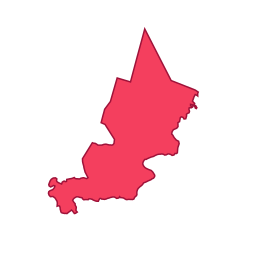 the district of Serrano do Maranhão, Maranhão, Brazil, rotated 196°
{"feature_id": "56859067B78224443987075", "entity_name": "Serrano do Maranhão", "entity_type": "district", "adm_level": 2, "iso_a3": "BRA", "parent_name": "Brazil", "parent_adm1": "Maranhão", "projection": "robinson", "projection_center": [-45.009, -1.886], "detail": "fine", "context": "isolated", "style": "filled", "palette": "rose", "viewbox_px": 256, "rotation_deg": 196, "n_neighbors": 0, "source": "geoboundaries", "source_scale": "gbopen_adm2", "svg_char_len": 3222}
<svg xmlns="http://www.w3.org/2000/svg" viewBox="0 0 256 256"><g transform="rotate(196 128 128)"><path d="M73.7,117.7L74.7,122.7L74.5,127.0L75.7,129.2L78.2,129.7L81.0,131.5L83.0,133.5L84.3,134.2L84.6,136.6L83.9,138.9L81.1,141.2L80.3,143.1L80.8,144.7L81.5,146.9L80.2,148.3L80.6,152.2L79.9,153.4L78.1,153.4L76.6,152.1L75.0,152.8L75.0,155.8L75.6,157.3L74.8,158.4L73.5,159.5L73.5,161.1L74.6,162.8L74.7,164.3L72.7,164.9L71.9,165.7L72.9,166.4L74.0,166.6L74.4,168.0L72.5,168.1L71.5,167.2L69.8,167.2L68.8,165.7L67.7,165.5L67.4,166.5L68.2,167.2L69.2,168.2L71.2,168.3L70.7,170.0L73.4,171.5L73.3,173.0L73.2,174.2L73.2,175.7L72.6,178.7L70.9,178.4L69.8,178.0L70.5,180.1L70.4,181.9L73.8,183.0L99.6,185.5L113.3,200.1L130.6,218.6L139.2,227.8L139.1,222.5L138.8,201.2L138.8,200.0L138.3,173.0L142.0,173.0L143.8,173.0L152.2,173.1L152.2,148.6L155.6,139.6L155.5,136.2L155.5,133.4L155.3,125.7L151.0,125.1L149.5,123.7L140.5,115.7L137.9,113.4L137.2,109.3L137.9,107.7L138.9,107.0L139.8,107.0L141.5,106.5L142.5,106.5L144.7,106.4L146.5,105.7L147.4,105.1L148.3,104.4L149.6,104.0L151.2,103.5L152.4,103.3L153.9,103.9L155.5,104.2L156.8,103.9L158.2,104.0L163.3,85.9L162.4,83.2L161.5,81.5L159.9,78.9L159.4,77.7L157.0,73.7L155.9,72.6L155.1,71.7L152.7,69.2L153.7,68.0L155.4,67.9L156.8,68.0L157.8,67.6L159.5,66.7L160.4,65.7L161.7,65.4L162.8,65.2L163.9,64.9L164.9,64.9L166.0,65.6L167.0,64.8L168.3,63.9L170.0,63.1L171.5,62.3L172.7,61.7L172.4,59.7L173.4,59.2L174.8,59.4L175.6,58.6L176.3,57.8L176.4,55.9L177.9,56.0L179.9,56.3L181.6,56.9L182.2,57.8L182.4,59.5L183.9,60.1L186.1,59.3L187.6,57.6L188.2,55.9L188.4,54.3L188.6,51.9L187.9,50.6L186.1,50.0L183.5,52.3L182.3,52.1L182.3,50.3L183.3,48.1L185.7,46.2L186.6,44.9L186.5,43.4L185.5,41.8L183.7,40.6L181.2,41.5L178.7,40.5L176.0,38.0L175.2,36.3L174.6,33.3L173.6,34.0L172.3,34.1L171.3,32.8L170.8,31.3L170.1,30.2L169.5,29.1L168.8,28.3L167.6,28.2L166.4,28.3L165.2,28.4L164.2,28.8L163.1,28.9L161.7,30.9L160.5,32.4L159.8,33.5L158.5,33.0L156.0,31.0L155.0,31.5L153.6,33.2L155.3,34.3L155.9,37.7L157.6,39.4L157.9,40.6L159.6,41.7L161.3,43.3L160.8,45.0L160.1,46.1L158.5,47.7L156.9,48.1L155.5,48.0L153.0,48.3L152.0,47.3L150.7,46.8L149.4,47.4L146.4,48.2L146.1,49.1L144.8,49.5L143.7,49.5L142.7,49.6L141.8,49.2L139.0,48.9L137.8,49.0L136.3,49.4L136.1,51.1L135.6,52.5L134.7,52.8L133.8,52.4L132.5,52.7L130.9,52.9L129.3,53.8L128.2,54.8L127.0,55.4L125.8,56.3L124.4,57.1L123.4,57.6L121.9,57.9L120.7,57.6L119.6,57.2L118.7,57.6L117.6,58.2L117.1,59.7L116.2,59.0L114.8,59.3L113.0,59.5L111.4,59.0L110.0,58.7L109.0,59.0L107.5,59.7L106.2,59.9L105.3,60.2L103.9,60.5L102.8,61.3L102.6,62.8L102.0,64.2L101.2,65.2L101.1,66.5L101.5,67.6L101.9,69.1L101.9,71.0L101.6,72.6L101.1,73.5L100.3,74.9L99.2,76.3L98.4,77.7L97.9,79.5L95.8,81.1L94.2,82.6L91.7,84.6L91.1,85.5L89.6,86.8L89.0,88.6L89.3,90.0L91.0,91.6L92.3,92.7L94.1,93.6L96.8,93.8L99.3,94.2L100.7,94.6L102.3,95.6L103.9,97.4L104.1,99.0L103.9,100.4L103.6,101.5L103.2,102.4L101.8,102.9L100.9,103.9L99.2,105.3L97.8,106.4L96.8,107.0L95.5,107.8L94.5,108.9L93.4,109.8L92.6,110.5L91.1,111.3L89.3,111.9L88.3,112.4L86.6,112.5L85.3,112.1L83.9,112.7L83.2,113.4L82.4,114.1L81.4,114.4L79.4,114.3L78.1,113.8L76.4,114.7L75.8,116.5L74.6,116.7L73.7,117.7Z" fill="#f43f5e" stroke="#9f1239" stroke-width="1.5"/></g></svg>